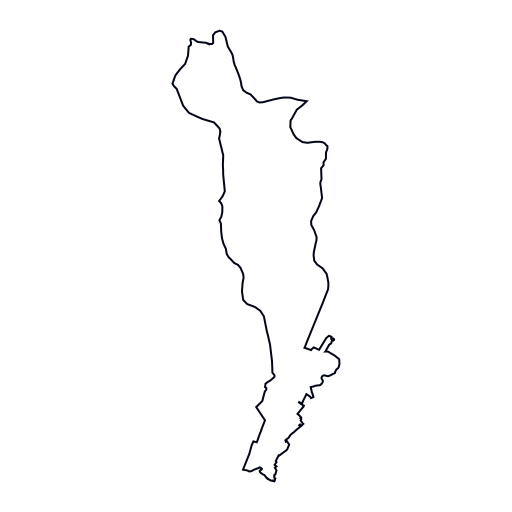 outline of Kapuas, Kalimantan Tengah, Indonesia
{"feature_id": "22746128B40136746216216", "entity_name": "Kapuas", "entity_type": "district", "adm_level": 2, "iso_a3": "IDN", "parent_name": "Indonesia", "parent_adm1": "Kalimantan Tengah", "projection": "orthographic", "projection_center": [114.299, -1.918], "detail": "fine", "context": "isolated", "style": "outline", "palette": "ink", "viewbox_px": 512, "rotation_deg": 0, "n_neighbors": 0, "source": "geoboundaries", "source_scale": "gbopen_adm2", "svg_char_len": 5958}
<svg xmlns="http://www.w3.org/2000/svg" viewBox="0 0 512 512"><path d="M339.2,359.2L334.4,355.4L330.5,353.1L327.8,351.5L325.5,351.5L325.6,351.4L326.0,350.9L326.1,350.7L326.3,349.8L326.7,348.9L327.5,347.8L327.7,347.3L328.2,346.4L328.6,346.0L328.8,345.5L328.8,345.3L329.1,344.8L329.9,344.2L330.8,343.7L331.0,343.5L331.3,343.2L331.5,342.1L331.8,341.3L332.0,340.9L332.3,340.8L333.3,340.6L333.9,340.2L334.1,339.6L334.1,339.3L334.0,339.1L333.7,338.8L332.8,338.3L332.6,338.3L332.4,338.4L332.0,338.9L331.8,339.1L331.5,339.1L331.3,339.0L331.3,338.8L331.2,337.7L331.1,337.4L331.1,337.1L331.3,336.7L329.0,335.8L326.2,338.1L319.1,349.8L315.5,348.2L313.7,347.4L311.4,349.5L311.0,350.1L307.9,348.9L304.5,347.8L305.7,345.0L306.5,342.8L323.1,302.0L328.1,289.1L328.4,284.8L328.3,282.2L327.6,278.4L326.6,273.8L325.0,271.7L322.8,268.5L317.0,264.4L314.2,260.6L314.1,259.4L313.6,255.6L313.8,252.3L315.8,242.8L316.4,240.6L316.6,237.1L314.3,230.6L314.0,229.9L311.3,225.0L311.1,221.0L313.3,216.0L316.2,212.4L319.0,206.2L322.1,198.1L321.0,188.8L320.7,186.5L320.3,184.1L320.4,182.1L321.5,179.2L321.1,168.2L323.6,165.3L323.5,162.3L325.9,158.8L326.0,152.6L327.5,148.4L327.4,146.1L325.8,144.8L324.9,143.5L322.7,142.2L319.9,141.8L315.2,141.8L307.3,142.8L302.5,142.1L296.5,138.2L293.7,134.5L290.3,127.0L290.6,120.3L291.6,119.1L296.8,109.7L302.4,105.3L306.7,101.2L297.8,99.8L290.6,97.7L285.6,97.5L282.9,97.6L279.9,98.1L276.6,98.8L273.7,99.4L270.8,100.2L267.9,100.9L263.1,102.2L259.6,102.5L256.9,101.4L255.4,99.6L252.8,96.8L250.5,94.4L246.4,92.6L243.2,90.2L241.7,86.7L241.3,84.8L241.0,82.4L240.1,78.9L239.3,76.5L238.2,73.4L235.3,66.3L234.6,65.0L234.2,63.3L233.7,61.5L232.9,56.5L232.5,54.9L231.2,52.2L227.8,46.6L225.4,36.7L222.3,31.6L219.7,30.7L215.3,32.3L213.0,35.2L213.2,42.9L212.0,44.0L210.0,43.9L209.3,44.4L208.3,43.9L208.2,43.5L207.4,43.6L206.8,42.9L198.2,42.0L196.7,41.4L193.8,39.2L190.8,38.8L190.3,39.9L191.1,42.6L190.8,45.0L188.7,46.6L188.0,55.7L185.9,61.7L185.2,63.8L180.0,69.4L177.5,72.6L175.6,75.1L175.2,76.0L173.9,79.4L173.9,79.6L173.7,79.6L173.9,79.6L172.5,83.7L174.1,86.3L176.7,88.9L183.1,105.6L185.1,108.2L189.0,112.9L191.4,114.0L197.2,116.7L201.8,118.7L203.8,119.4L214.0,122.4L219.6,128.5L220.3,131.3L220.2,131.3L220.2,132.2L219.9,134.9L219.1,138.3L219.1,138.5L219.4,139.8L220.3,143.5L220.6,144.9L220.8,145.3L220.8,145.8L221.4,147.7L221.9,150.0L222.0,150.4L222.7,153.3L223.1,154.5L223.2,155.5L223.1,158.9L223.0,159.1L223.1,159.8L222.9,163.3L222.9,166.7L223.1,169.1L223.2,174.9L223.9,182.0L224.8,191.3L222.7,196.1L219.1,201.0L221.2,203.2L222.4,206.6L222.3,211.8L222.2,212.6L221.3,216.8L220.0,219.1L219.5,219.9L219.4,220.2L219.5,220.4L220.9,223.4L221.0,225.8L221.2,231.5L222.0,238.4L223.4,243.5L225.9,248.9L226.7,253.8L228.4,256.9L230.8,259.3L234.2,263.0L238.0,264.9L240.6,268.0L243.1,273.9L243.6,277.5L243.5,278.2L242.6,282.8L242.0,290.9L242.0,291.5L242.2,293.0L243.2,299.9L244.9,301.7L247.2,304.1L252.9,306.2L255.1,307.1L260.4,310.9L261.5,312.7L263.9,316.4L266.8,331.1L268.2,336.5L268.9,339.8L269.8,343.5L270.0,344.4L272.0,361.0L272.1,364.5L272.2,365.6L272.2,366.2L272.3,367.9L272.3,369.3L272.4,372.5L272.5,372.9L272.7,373.2L273.3,373.7L274.5,375.3L274.4,376.9L271.8,379.3L270.5,380.3L267.6,382.1L265.5,383.7L265.4,384.5L265.3,385.6L265.0,386.8L265.0,387.0L266.1,387.8L266.4,388.6L266.2,389.7L265.2,391.0L265.1,391.3L264.8,391.7L264.7,391.9L262.3,401.0L256.2,407.1L265.0,420.3L261.4,429.5L261.5,429.6L259.1,435.7L257.5,440.4L256.7,442.3L253.4,441.4L251.6,445.5L249.3,453.9L243.0,469.7L243.3,469.8L244.5,470.0L246.1,470.2L247.9,470.7L248.8,471.3L249.2,471.4L250.2,471.4L250.4,471.4L250.6,471.3L251.0,471.2L251.6,471.0L253.8,469.8L255.3,469.2L256.3,468.8L256.7,468.6L257.1,468.6L258.5,468.1L258.8,468.0L259.1,467.7L259.4,467.4L260.1,467.5L260.6,467.7L261.3,468.3L261.9,468.9L261.8,469.1L261.7,469.3L261.6,469.6L261.0,469.9L260.6,470.0L259.8,470.7L259.7,471.2L259.9,471.8L260.2,472.3L260.8,472.9L263.4,474.7L264.0,474.9L264.4,475.2L264.8,475.5L265.1,476.0L265.8,476.9L266.7,477.7L266.7,477.9L266.8,477.9L266.9,478.0L267.0,478.0L267.2,478.4L267.4,478.4L267.6,478.5L267.9,478.7L267.9,478.9L268.1,478.9L268.3,479.2L268.7,479.2L269.1,479.6L269.9,480.0L270.2,480.1L270.4,480.4L270.9,480.6L271.5,480.7L271.9,480.6L272.1,480.6L272.4,480.6L272.7,480.7L272.8,480.8L273.2,480.6L273.5,480.5L273.4,480.9L273.4,481.0L273.6,481.0L273.9,481.2L274.1,481.2L274.3,481.3L274.4,481.1L274.5,481.0L274.5,480.9L274.7,480.7L275.3,478.5L275.1,478.4L274.8,478.3L274.3,477.6L274.2,476.8L274.4,476.3L274.4,476.0L274.2,475.4L274.2,475.2L274.4,474.9L274.7,474.7L275.1,474.6L275.4,474.4L275.4,474.0L276.5,470.5L274.9,467.7L276.5,466.4L274.6,464.9L276.5,462.1L275.8,461.0L276.2,460.2L278.4,455.9L278.5,456.1L283.5,452.4L286.5,450.2L287.2,449.4L289.2,444.6L288.1,443.0L286.9,441.2L285.9,441.8L285.4,440.3L286.8,439.1L288.4,438.0L289.7,436.1L290.5,434.9L292.8,432.9L293.7,432.4L293.9,432.2L297.1,429.2L298.2,428.4L300.4,426.6L299.2,425.3L300.1,424.5L301.4,425.8L303.3,423.9L302.4,423.0L300.7,420.5L301.3,419.0L300.4,418.1L301.1,417.4L299.4,415.5L297.5,413.9L300.9,409.7L303.3,406.9L303.1,406.7L303.8,405.7L300.1,403.3L299.0,402.5L299.2,402.1L299.8,402.5L302.1,403.4L303.2,400.6L305.5,396.1L306.4,394.1L307.6,394.9L310.0,396.6L310.7,397.5L311.0,398.1L313.4,397.1L313.2,396.4L313.1,395.8L312.5,394.0L312.3,393.1L312.1,392.7L311.8,392.2L311.7,391.8L311.5,390.2L311.0,388.8L311.0,388.1L310.8,387.5L310.7,387.1L313.7,386.4L315.1,385.8L317.8,385.4L319.5,385.3L320.3,385.0L320.6,384.8L321.9,383.3L322.3,382.8L322.7,382.1L322.8,381.0L322.8,380.6L322.5,380.0L321.7,378.9L321.5,378.3L321.5,377.9L321.7,377.2L322.0,376.6L322.5,376.1L323.0,375.7L323.7,375.4L324.7,375.4L325.5,375.5L326.4,375.9L326.8,376.0L327.5,376.1L328.3,376.1L329.0,375.9L330.9,375.1L332.0,374.5L333.0,373.8L334.4,373.4L334.9,373.1L335.1,372.0L335.4,371.5L335.8,370.5L336.2,369.8L336.5,369.4L337.7,368.5L338.1,368.1L338.4,367.6L338.8,366.8L339.0,366.1L339.4,364.3L339.5,363.4L339.2,360.0L339.2,359.2Z" fill="none" stroke="#020617" stroke-width="2"/></svg>